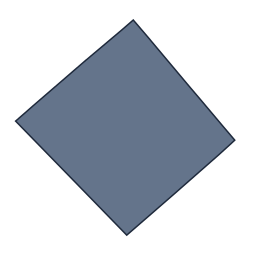 Randolph, North Carolina, United States of America, rotated 47°
{"feature_id": "52423323B72128668432216", "entity_name": "Randolph", "entity_type": "district", "adm_level": 2, "iso_a3": "USA", "parent_name": "United States of America", "parent_adm1": "North Carolina", "projection": "robinson", "projection_center": [-79.833, 35.713], "detail": "fine", "context": "isolated", "style": "filled", "palette": "slate", "viewbox_px": 256, "rotation_deg": 47, "n_neighbors": 0, "source": "geoboundaries", "source_scale": "gbopen_adm2", "svg_char_len": 464}
<svg xmlns="http://www.w3.org/2000/svg" viewBox="0 0 256 256"><g transform="rotate(47 128 128)"><path d="M52.6,50.5L52.1,64.2L52.1,64.7L50.6,94.9L50.0,106.6L50.0,107.1L49.8,111.5L49.7,112.1L47.0,182.7L47.0,183.6L46.3,205.5L139.4,203.4L152.9,203.1L205.5,202.0L207.6,143.0L207.7,140.2L209.5,79.4L209.7,63.0L209.7,61.8L209.7,58.2L192.2,57.4L156.4,55.6L140.8,54.9L79.3,51.7L78.3,51.6L75.8,51.5L52.6,50.5Z" fill="#64748b" stroke="#1e293b" stroke-width="1.5"/></g></svg>